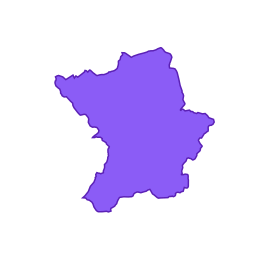 outline of Taut, Arad, Romania, rotated 325°
{"feature_id": "2599482B85287351729722", "entity_name": "Taut", "entity_type": "district", "adm_level": 2, "iso_a3": "ROU", "parent_name": "Romania", "parent_adm1": "Arad", "projection": "mercator", "projection_center": [21.939, 46.235], "detail": "fine", "context": "isolated", "style": "filled", "palette": "violet", "viewbox_px": 256, "rotation_deg": 325, "n_neighbors": 0, "source": "geoboundaries", "source_scale": "gbopen_adm2", "svg_char_len": 4426}
<svg xmlns="http://www.w3.org/2000/svg" viewBox="0 0 256 256"><g transform="rotate(325 128 128)"><path d="M203.0,170.0L200.1,165.9L200.2,163.4L199.5,160.4L197.1,159.1L194.1,155.4L192.6,155.5L190.6,153.1L190.5,152.0L189.8,151.0L188.9,150.6L188.7,150.2L188.8,149.3L188.6,148.6L187.1,147.9L184.5,146.7L184.3,145.7L184.0,144.6L183.6,144.0L183.2,143.7L182.4,143.5L181.9,143.8L181.4,143.9L181.2,143.6L181.6,143.0L182.8,142.6L184.2,142.2L187.9,141.3L188.7,140.5L188.9,138.2L189.3,136.2L192.0,133.5L192.6,131.8L192.7,129.7L193.5,128.8L194.0,127.0L195.1,123.0L197.1,118.4L197.8,116.7L200.0,111.0L200.4,109.0L200.4,106.5L200.2,106.3L199.5,105.3L197.4,103.5L196.5,102.6L197.2,101.2L198.0,99.9L198.8,99.6L199.1,99.0L200.8,98.0L204.5,95.2L204.9,93.9L205.1,92.4L205.0,91.4L204.3,90.3L203.4,89.1L202.3,87.7L201.8,86.1L201.9,84.6L201.5,82.2L201.4,81.6L200.7,80.9L197.9,80.2L195.7,80.0L192.8,79.1L191.0,77.9L189.6,77.2L188.8,76.8L187.3,76.7L184.7,75.9L182.5,75.1L179.1,73.8L173.9,72.3L171.2,72.0L170.6,70.1L169.6,67.4L168.9,65.5L168.2,64.3L166.3,62.9L165.9,64.4L165.4,65.0L164.1,65.2L163.0,65.4L160.7,67.5L158.6,67.7L158.1,68.2L157.1,69.8L155.8,71.1L153.5,72.9L152.3,73.2L151.8,73.1L151.1,73.2L149.4,73.1L148.0,72.6L146.6,72.0L145.8,72.0L145.1,71.5L144.4,71.1L143.9,71.3L143.0,71.5L142.3,71.3L140.7,71.0L138.8,70.4L137.2,69.2L135.7,68.4L134.9,68.1L132.7,67.3L132.3,66.5L132.1,66.0L131.7,64.8L131.6,64.1L131.3,63.8L131.1,63.0L130.3,59.1L129.7,58.5L128.4,58.8L127.2,59.1L126.6,57.0L126.5,56.9L125.8,56.2L124.5,57.1L119.6,57.4L116.0,57.5L115.2,55.5L112.7,56.3L113.3,53.1L104.8,52.7L103.9,48.8L103.3,47.9L101.3,45.2L99.6,44.6L97.9,44.5L97.5,46.3L96.8,47.1L95.9,47.9L95.4,47.8L94.1,49.1L93.4,51.0L93.1,52.3L93.8,55.3L94.4,57.0L94.1,58.1L93.7,59.5L92.8,60.8L92.8,62.9L92.5,63.6L93.0,65.0L93.5,65.9L94.6,66.6L95.1,66.8L95.5,67.0L96.3,73.1L96.9,75.9L95.8,78.0L95.4,80.5L95.7,86.6L96.1,89.6L96.3,89.9L96.6,90.3L99.9,91.6L101.1,92.7L101.4,96.7L100.9,98.2L99.5,99.7L98.7,100.7L98.2,104.6L99.3,106.9L101.2,108.0L102.7,109.6L102.9,110.4L102.8,113.2L101.3,114.7L98.3,115.1L96.6,115.0L93.9,115.3L93.4,115.5L94.1,116.0L94.9,116.4L95.3,116.8L96.1,116.8L96.6,116.8L97.2,117.2L97.3,117.7L97.7,118.1L98.6,118.7L99.6,119.4L100.2,119.9L100.4,120.7L100.8,121.9L99.9,122.8L100.0,123.9L100.5,124.6L101.2,126.4L101.7,127.3L101.4,128.1L101.2,128.6L101.4,129.8L101.5,130.6L102.0,132.5L101.6,132.9L101.2,133.0L100.9,133.4L100.3,133.4L99.7,133.8L99.0,134.4L98.3,135.5L97.6,136.5L97.5,137.3L96.6,138.4L96.4,139.1L95.7,139.9L94.7,140.3L94.2,141.1L92.9,142.3L91.1,143.7L89.2,144.2L87.8,144.4L86.9,145.9L86.0,147.1L85.1,147.8L83.1,149.1L82.2,150.5L81.7,150.4L79.4,149.8L78.8,148.8L77.9,148.1L76.9,146.7L74.9,147.6L74.0,149.5L72.8,149.7L72.3,150.7L68.9,152.9L63.7,154.2L59.0,157.3L54.0,158.8L52.7,159.0L50.9,159.2L52.6,160.6L53.2,161.2L53.4,163.3L54.9,165.0L55.9,168.0L55.8,169.9L54.8,173.3L54.7,177.2L55.1,178.7L55.7,179.6L58.9,181.8L62.6,183.9L63.8,185.5L66.4,186.3L67.1,184.7L67.9,184.0L69.3,184.2L72.2,184.4L73.7,183.8L75.3,183.5L76.8,182.3L78.6,181.2L81.0,180.1L81.7,180.2L85.1,181.9L88.7,184.6L91.7,186.4L93.2,186.5L94.8,185.4L96.1,185.2L98.3,185.5L99.4,186.1L101.4,188.4L102.7,188.8L103.6,189.1L105.1,189.6L106.6,190.2L108.7,190.2L110.7,190.8L110.7,191.7L110.6,193.0L110.4,194.5L110.3,196.1L111.0,197.8L111.6,200.1L112.1,201.9L112.7,202.9L114.5,203.9L117.6,205.9L120.9,208.0L121.6,207.8L122.4,207.8L123.1,208.1L123.5,208.3L123.8,208.8L125.1,209.1L125.1,209.4L126.0,210.4L126.9,210.5L127.9,210.5L128.7,210.0L129.3,208.9L130.2,208.8L131.2,208.8L132.2,209.4L133.2,210.6L133.6,210.9L134.0,210.9L134.7,210.8L135.3,210.9L136.9,211.5L140.0,209.0L141.1,210.4L141.8,210.9L142.3,211.1L143.4,210.8L144.1,210.2L147.6,205.3L148.2,203.9L149.8,201.8L150.2,200.5L149.9,200.0L148.3,198.5L146.7,198.0L145.1,196.9L145.3,196.5L146.2,196.5L147.2,194.2L147.7,193.7L150.1,191.9L150.7,190.6L151.1,189.9L151.5,189.6L153.7,188.9L156.5,188.4L158.9,186.7L160.5,187.2L160.8,187.9L161.5,188.7L161.8,189.0L162.0,189.3L162.6,191.2L163.4,191.6L164.9,191.7L165.5,191.6L168.3,190.2L168.8,189.8L169.6,188.6L170.1,188.5L173.7,188.0L174.7,187.4L175.5,186.4L175.9,186.2L178.1,185.6L178.4,185.1L178.1,182.3L178.5,178.9L178.7,178.4L179.2,178.0L181.2,177.4L181.6,177.7L182.5,178.4L187.3,176.4L188.6,176.6L190.3,176.3L191.5,176.6L192.5,175.8L193.7,173.9L194.3,173.1L194.9,172.8L195.9,172.6L196.6,172.8L197.7,173.5L199.7,173.7L202.0,172.6L203.0,170.0Z" fill="#8b5cf6" stroke="#5b21b6" stroke-width="1.5"/></g></svg>